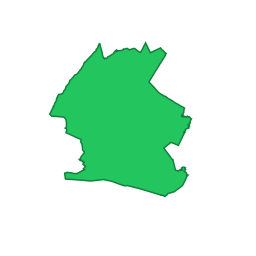 outline of San Matías Tlalancaleca, Puebla, Mexico, rotated 134°
{"feature_id": "50627088B22492462361378", "entity_name": "San Matías Tlalancaleca", "entity_type": "district", "adm_level": 2, "iso_a3": "MEX", "parent_name": "Mexico", "parent_adm1": "Puebla", "projection": "albers", "projection_center": [-98.505, 19.351], "detail": "fine", "context": "isolated", "style": "filled", "palette": "green", "viewbox_px": 256, "rotation_deg": 134, "n_neighbors": 0, "source": "geoboundaries", "source_scale": "gbopen_adm2", "svg_char_len": 5598}
<svg xmlns="http://www.w3.org/2000/svg" viewBox="0 0 256 256"><g transform="rotate(134 128 128)"><path d="M153.5,57.6L153.2,57.5L153.0,57.1L152.4,56.2L152.1,55.8L151.8,55.3L152.0,54.7L151.8,54.2L151.6,54.0L151.3,53.7L150.5,53.9L149.7,53.8L149.4,53.5L149.1,53.7L148.5,53.7L147.9,53.9L144.5,52.0L144.0,51.7L143.1,51.3L141.9,50.5L139.9,50.1L139.3,50.1L137.5,49.8L137.1,49.7L136.7,49.6L133.5,49.1L131.8,48.9L131.0,49.0L129.2,49.5L126.3,50.5L125.3,50.7L124.5,51.0L123.9,51.2L122.9,51.7L122.4,51.9L122.0,52.0L121.7,52.0L120.7,52.1L120.1,52.1L120.2,52.4L120.9,52.7L121.1,52.8L121.2,53.0L120.8,53.4L120.5,53.8L120.4,54.1L119.9,54.3L119.7,54.9L119.7,56.2L119.9,56.9L120.0,57.3L120.0,57.6L119.7,58.0L117.9,57.7L117.7,59.2L116.8,59.2L117.0,59.8L117.0,60.1L117.3,60.5L117.6,60.8L118.1,61.4L118.7,61.6L119.5,61.7L120.2,61.2L121.1,61.2L121.2,60.8L120.2,60.1L120.5,59.8L121.9,60.7L122.5,61.5L122.4,61.7L124.3,62.0L124.3,62.8L125.1,63.8L125.2,64.9L123.9,66.8L123.3,67.9L123.0,68.3L122.5,69.3L121.6,70.5L120.8,71.9L119.8,73.4L120.0,73.4L119.5,76.8L119.2,78.3L118.4,83.4L118.2,84.7L118.2,84.8L117.6,88.3L108.6,87.1L107.6,85.1L106.2,81.5L105.5,79.7L102.2,80.8L99.1,81.8L96.1,82.8L92.6,83.9L92.7,84.0L91.7,84.0L91.9,84.9L91.1,84.5L90.7,84.8L90.7,85.0L90.2,85.0L89.4,85.1L89.2,85.6L88.2,85.4L87.6,85.2L86.4,84.6L85.5,84.2L85.2,85.5L84.8,85.3L84.3,85.2L84.4,85.4L83.2,86.0L83.5,86.4L84.2,86.7L84.5,87.1L84.0,86.8L83.8,86.8L82.3,86.6L82.2,87.0L81.5,86.7L80.8,87.2L80.8,87.3L79.8,88.0L77.4,88.7L77.6,89.1L77.4,91.6L77.9,91.6L78.3,93.6L79.7,93.6L79.7,94.0L79.8,94.0L80.1,94.8L80.3,95.3L80.6,95.6L80.6,95.3L81.0,95.4L80.7,96.4L81.7,96.3L81.9,96.6L82.4,96.9L82.3,97.7L82.1,97.7L81.4,98.3L81.2,98.2L80.9,98.1L80.7,98.0L80.3,97.8L80.0,97.9L80.0,98.0L80.1,98.3L80.0,98.5L78.7,98.5L78.3,98.6L77.7,99.0L77.2,99.6L76.5,100.1L75.9,100.3L75.2,101.0L74.9,101.1L74.4,101.3L74.6,101.9L74.9,103.2L75.5,105.2L75.6,106.0L76.0,107.3L76.3,108.7L77.3,112.2L77.4,113.3L77.8,115.1L77.7,115.1L78.0,116.3L78.3,117.5L79.0,120.1L79.0,120.4L79.0,120.6L79.0,121.2L79.1,121.9L79.1,122.3L79.0,122.7L79.3,122.9L79.6,123.3L79.7,123.6L79.9,124.1L80.2,126.0L80.5,126.5L80.6,126.9L80.7,127.0L81.1,130.0L81.2,130.4L81.1,132.8L80.6,138.3L80.6,140.2L80.4,143.3L80.4,144.9L79.6,145.1L78.7,145.3L73.8,146.4L73.6,146.5L72.0,146.8L70.3,147.2L67.0,148.0L66.0,148.1L60.2,149.4L53.2,150.8L50.6,151.4L49.7,151.6L49.6,152.0L47.8,152.3L48.1,153.9L47.9,155.9L47.9,156.8L48.3,157.1L47.9,159.8L47.8,160.2L58.3,164.2L57.6,166.2L57.3,167.0L54.6,174.5L56.7,173.8L58.4,173.4L60.0,172.8L61.6,172.4L64.1,171.7L65.1,171.5L65.8,174.3L65.9,176.0L66.2,178.6L67.3,179.5L68.9,180.2L69.2,180.5L70.0,180.8L70.9,181.3L70.7,181.7L71.1,182.6L71.4,184.1L74.1,185.6L74.4,186.2L75.5,185.8L76.8,186.7L77.3,187.1L78.4,187.8L79.5,189.2L80.6,189.1L81.3,189.9L79.1,190.4L81.4,190.7L82.2,190.6L82.7,190.3L83.6,190.2L83.6,190.5L85.1,190.2L86.5,190.7L88.2,191.0L88.7,191.0L89.5,191.5L91.0,191.9L92.0,191.5L92.9,191.7L93.2,192.4L93.7,192.5L94.1,193.5L94.6,193.2L94.6,193.5L94.2,195.2L93.0,197.4L92.2,198.1L90.5,201.0L89.6,202.6L87.8,205.7L87.1,206.6L87.4,206.8L87.4,207.1L87.8,206.8L89.2,206.7L89.6,206.2L90.4,206.0L91.4,205.7L92.0,205.4L92.4,205.4L93.1,205.5L93.4,205.5L93.8,205.3L93.9,205.2L94.3,205.0L94.4,204.8L94.8,204.6L95.5,204.7L96.5,204.9L97.0,205.0L98.1,204.9L99.7,204.9L100.9,204.6L103.7,204.7L104.1,204.6L104.6,204.6L105.1,204.7L106.5,204.7L108.6,204.5L109.4,204.6L110.6,204.7L110.9,205.0L111.2,204.7L112.4,204.5L114.9,203.3L116.4,203.3L118.6,202.6L119.4,202.8L120.2,202.6L124.2,202.1L125.0,202.3L125.8,202.5L126.2,202.6L126.6,203.0L127.4,203.1L128.2,202.9L128.7,202.8L129.7,202.8L132.3,202.6L134.5,202.9L135.4,202.1L136.7,201.8L137.4,201.4L138.6,201.5L141.0,201.4L141.7,201.1L142.1,201.0L142.5,200.6L143.0,200.4L143.6,200.3L143.8,200.1L144.0,200.1L144.6,199.9L145.2,199.9L145.6,200.0L145.9,200.0L146.3,199.8L147.3,199.2L147.7,199.1L148.2,199.0L148.8,199.1L149.1,199.2L150.8,200.2L151.8,200.9L152.1,201.1L152.4,201.0L152.9,200.9L153.2,200.8L153.5,200.8L153.5,200.7L154.4,200.5L155.9,200.0L156.6,199.6L157.2,199.4L157.7,198.8L159.2,198.2L160.2,198.1L160.8,198.0L161.7,197.6L162.6,197.0L164.0,196.7L164.4,196.8L164.4,196.2L165.4,196.1L165.9,196.0L172.4,193.9L172.5,191.2L166.2,183.6L164.9,181.9L164.7,181.2L164.7,180.6L164.9,179.9L165.0,178.3L166.8,176.3L167.0,176.0L168.2,174.8L168.9,174.1L170.0,173.0L171.7,173.1L171.2,171.7L171.8,170.9L174.5,169.3L173.4,166.5L172.6,164.1L171.8,161.9L171.3,160.3L170.9,159.0L169.9,156.5L168.9,154.1L171.2,151.7L171.3,151.1L171.2,150.6L171.3,150.3L171.4,150.1L171.6,149.8L171.9,149.6L172.5,148.8L173.3,147.6L175.2,145.6L175.5,144.4L175.4,142.8L175.5,142.6L176.1,142.2L176.7,142.3L177.1,142.2L178.4,142.0L179.7,141.9L180.5,141.9L181.5,141.7L181.9,141.5L182.6,141.2L183.9,141.0L183.5,139.9L183.6,139.7L183.9,139.7L184.5,140.7L184.6,139.8L184.4,139.4L184.2,139.2L183.3,137.8L183.9,137.3L182.9,135.8L183.1,135.7L183.8,135.6L185.4,135.3L185.1,131.8L186.7,131.8L187.5,131.7L188.4,131.7L188.2,130.2L189.0,130.5L189.2,130.8L189.6,130.8L190.0,130.9L190.8,131.3L191.7,131.7L192.5,131.8L192.8,132.0L193.1,132.0L193.4,132.2L193.9,132.2L195.1,132.6L196.5,133.4L197.2,134.0L198.2,135.3L198.7,135.9L199.2,137.0L200.2,138.3L201.1,139.6L201.9,140.7L202.6,141.2L203.3,141.5L203.7,141.5L204.1,141.8L204.4,142.2L204.6,142.1L208.2,137.5L207.5,136.7L206.6,135.7L203.3,131.8L200.8,128.7L196.0,123.0L193.9,120.3L192.0,118.0L182.0,109.7L179.6,105.7L179.0,104.9L178.0,103.3L176.9,101.2L176.6,100.3L174.7,96.0L173.7,93.8L172.4,91.1L171.6,89.9L170.8,89.3L170.0,88.5L169.6,88.1L163.6,77.6L153.8,58.6L153.7,57.9L153.5,57.6Z" fill="#22c55e" stroke="#15803d" stroke-width="1.5"/></g></svg>